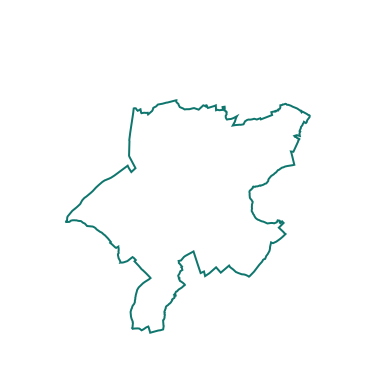 Cehu Silvaniei, Salaj, Romania (Equal Earth projection), rotated 316°
{"feature_id": "2599482B99939259002313", "entity_name": "Cehu Silvaniei", "entity_type": "district", "adm_level": 2, "iso_a3": "ROU", "parent_name": "Romania", "parent_adm1": "Salaj", "projection": "equal_earth", "projection_center": [23.166, 47.411], "detail": "fine", "context": "isolated", "style": "outline", "palette": "teal", "viewbox_px": 384, "rotation_deg": 316, "n_neighbors": 0, "source": "geoboundaries", "source_scale": "gbopen_adm2", "svg_char_len": 6008}
<svg xmlns="http://www.w3.org/2000/svg" viewBox="0 0 384 384"><g transform="rotate(316 192 192)"><path d="M284.5,243.5L290.7,232.9L291.3,231.6L292.9,233.5L302.9,229.6L303.6,229.3L304.0,228.9L306.0,228.5L305.9,227.7L305.2,226.7L305.1,226.0L305.2,225.7L305.2,225.1L304.6,224.3L304.4,223.6L304.6,223.2L304.6,222.8L306.7,223.8L307.0,224.1L308.5,226.6L309.1,225.6L309.5,225.3L309.8,224.7L310.6,224.2L311.8,223.8L311.7,222.9L314.8,221.6L315.4,221.0L317.9,220.6L319.3,219.9L320.1,219.9L321.3,219.3L321.8,221.5L322.5,221.5L323.1,221.4L324.4,220.6L325.6,220.2L326.3,220.2L328.5,219.8L328.6,219.6L329.4,219.2L329.6,219.0L329.7,218.8L329.6,218.0L329.0,216.9L328.9,215.9L327.6,211.7L327.2,210.8L326.2,210.9L326.3,210.3L327.0,209.4L326.8,209.0L326.4,209.0L326.0,206.5L325.5,204.6L323.6,200.4L323.1,198.7L321.8,196.1L320.9,195.2L320.8,194.0L320.5,193.5L318.7,192.7L318.2,192.1L317.3,192.0L315.8,191.0L314.3,192.5L313.2,193.1L311.4,192.6L311.0,193.2L310.5,193.2L310.3,192.6L310.2,192.5L308.3,192.3L308.1,192.2L308.5,191.8L308.4,191.6L307.0,191.2L306.2,190.6L304.5,189.7L303.1,192.3L292.0,187.6L292.4,186.4L289.0,184.9L287.8,182.8L287.4,182.4L285.7,181.5L283.9,180.2L283.2,179.3L281.8,178.5L279.2,178.0L276.1,179.1L275.9,179.0L273.6,177.4L272.9,176.6L269.7,174.0L267.5,172.5L271.7,171.2L275.5,169.1L276.9,168.7L273.4,167.7L271.7,167.0L270.7,166.5L268.7,164.9L267.5,164.2L267.6,163.1L268.0,162.0L268.6,161.2L269.2,160.6L270.8,160.2L271.8,159.0L272.4,158.7L272.6,157.9L272.2,157.5L272.3,156.3L272.1,156.0L274.0,154.2L274.7,153.3L273.0,152.1L271.3,154.4L268.4,152.1L267.5,150.6L266.1,149.9L269.3,146.2L267.9,145.7L261.8,142.6L261.9,141.7L262.4,140.9L262.7,139.8L262.5,139.5L261.3,140.0L260.9,138.6L260.3,137.5L254.0,137.4L251.8,133.1L250.8,132.4L247.6,130.6L246.0,129.0L244.0,127.4L243.6,125.7L242.2,122.4L242.9,120.1L243.4,119.1L243.2,116.9L243.3,116.4L243.5,115.9L244.5,115.2L244.3,115.0L236.5,110.6L235.6,109.9L232.1,108.0L228.2,105.4L225.7,105.5L222.7,104.6L220.6,105.7L219.6,106.0L214.3,105.7L214.9,104.4L215.1,104.2L213.8,103.1L212.6,101.7L210.4,100.2L210.5,99.6L211.1,98.7L212.4,96.7L211.9,96.5L210.7,96.4L209.8,96.0L209.9,95.9L209.4,95.6L209.3,94.9L209.7,92.9L209.1,92.0L208.1,91.4L204.6,94.3L188.9,106.3L182.8,111.2L182.4,111.9L171.9,122.2L171.4,123.4L167.9,135.6L162.2,135.5L163.2,130.8L164.0,128.4L147.9,126.3L143.8,125.5L141.7,124.8L137.2,123.0L134.6,122.5L130.0,122.2L126.0,122.1L121.3,122.4L118.4,122.3L112.9,121.9L110.5,121.5L107.3,121.7L104.6,122.5L103.7,122.9L102.6,123.0L98.5,122.9L92.8,122.4L85.5,123.2L84.4,123.8L82.2,125.8L81.3,125.6L80.8,125.8L80.7,126.0L81.3,126.3L81.1,126.6L82.9,128.2L83.4,128.4L85.0,128.5L86.6,129.5L89.2,132.1L90.1,133.7L91.8,135.7L92.0,136.2L92.2,138.2L93.0,140.4L92.9,143.6L96.6,147.9L97.2,149.5L97.5,151.0L97.4,152.6L98.2,156.7L98.9,158.7L99.0,161.0L99.3,162.6L99.3,167.0L98.9,171.6L97.8,171.7L98.1,174.0L98.3,178.5L98.6,179.5L101.0,180.1L100.6,180.5L100.4,181.2L98.9,182.9L97.7,183.8L97.1,184.7L96.8,185.0L95.5,185.3L94.8,186.1L93.1,188.9L92.9,190.0L91.9,192.8L91.4,193.0L91.7,193.2L92.5,194.1L93.9,195.1L97.5,196.8L104.0,197.5L104.3,199.0L104.3,201.9L102.5,201.9L102.4,208.4L102.1,212.6L102.3,214.0L102.5,218.7L102.5,223.9L102.4,225.1L100.7,225.0L95.5,223.9L93.2,223.6L87.4,223.6L84.7,224.3L79.8,227.2L79.0,227.9L77.7,228.7L77.0,229.5L75.4,230.5L74.3,231.6L72.5,232.3L70.4,232.6L69.4,233.0L68.1,233.8L66.9,234.2L64.5,235.6L61.6,239.2L60.3,241.5L60.1,242.2L59.3,244.1L58.8,244.5L58.6,245.1L54.9,248.3L54.4,248.3L54.3,249.2L55.5,250.0L58.1,252.3L59.2,253.6L59.3,253.9L59.7,256.5L61.8,257.1L65.0,257.6L67.1,258.4L66.8,259.3L64.2,264.2L71.5,268.2L73.4,269.6L75.8,270.8L78.6,268.7L78.6,268.4L82.1,264.2L83.2,264.2L84.9,263.4L85.1,263.1L85.5,262.7L87.2,261.5L87.3,260.8L87.8,260.4L88.5,260.0L88.4,259.6L89.3,258.7L90.4,258.4L91.0,257.9L92.2,257.5L92.9,256.8L93.9,256.4L94.8,256.4L96.3,256.7L97.4,256.6L98.8,256.8L100.3,256.7L100.6,256.6L102.3,256.2L102.6,256.1L102.9,255.6L103.3,255.5L105.5,255.9L106.1,255.8L106.6,255.1L107.0,254.8L108.2,255.3L108.4,255.1L108.6,254.7L108.1,254.3L107.8,253.5L109.6,253.3L110.9,252.7L111.6,252.7L112.4,253.1L113.9,252.9L115.3,253.0L116.9,253.4L118.7,253.7L120.6,253.7L122.1,254.0L122.4,253.8L122.5,253.3L122.4,251.2L121.8,248.2L121.6,247.9L121.8,246.9L122.3,246.1L122.3,245.3L122.5,245.1L123.0,245.1L122.9,244.8L123.2,244.6L123.2,244.1L123.5,243.4L123.9,242.7L124.1,242.5L126.1,242.1L128.6,240.9L130.9,241.4L132.1,239.4L132.1,238.7L133.0,238.7L133.3,234.9L133.2,234.0L134.0,233.1L134.5,232.3L136.5,233.6L141.1,233.1L143.0,233.4L151.8,235.8L146.1,247.5L141.9,256.3L145.4,257.5L143.0,261.6L148.2,262.5L157.0,262.9L156.7,270.0L167.6,270.7L167.2,272.6L167.8,276.3L168.0,280.0L169.0,282.4L170.6,285.7L172.1,287.4L172.9,288.7L173.9,291.2L174.1,292.4L174.5,292.6L181.3,292.4L189.8,291.1L194.0,290.8L196.0,290.2L196.8,290.3L198.2,290.9L201.0,289.6L203.2,289.3L206.8,288.2L208.6,287.0L210.2,285.6L213.9,283.2L214.4,284.6L214.8,285.1L218.2,286.3L223.1,287.0L226.1,287.2L230.1,287.2L229.9,285.9L230.0,284.1L229.7,278.0L236.4,277.9L236.4,275.7L234.0,275.8L233.9,275.3L234.5,275.3L234.5,274.5L235.0,274.5L235.1,273.5L233.9,271.9L232.6,272.5L231.8,272.6L229.3,271.6L228.7,270.6L227.5,269.3L224.4,267.0L222.8,263.0L221.8,261.5L221.0,259.6L220.6,258.4L220.2,257.8L219.9,256.6L219.7,255.0L220.1,252.9L220.6,251.7L220.7,250.5L221.0,249.5L221.4,248.8L221.4,248.3L221.6,247.4L222.4,246.5L223.8,245.5L224.6,244.3L225.2,243.9L226.4,242.7L228.1,241.8L228.9,241.1L229.0,240.7L229.0,240.0L229.3,239.2L229.4,237.1L229.8,236.1L231.6,233.9L232.4,233.2L233.2,232.0L233.9,231.4L234.9,231.2L236.4,231.4L237.1,231.2L237.8,231.4L238.5,231.3L238.7,231.2L238.9,230.8L239.3,230.7L239.9,230.7L240.9,232.1L241.8,232.3L243.1,233.5L245.5,234.5L245.5,235.0L248.5,236.4L250.1,236.7L251.1,237.3L251.6,237.4L254.1,237.1L254.5,237.0L255.5,236.2L256.3,235.9L260.1,235.5L263.2,236.1L264.2,236.0L266.1,236.3L269.1,236.0L269.6,236.3L270.7,236.6L271.8,236.6L272.7,236.9L273.7,237.0L275.0,237.8L276.6,238.3L278.7,239.6L283.0,242.6L284.5,243.5Z" fill="none" stroke="#0f766e" stroke-width="2"/></g></svg>